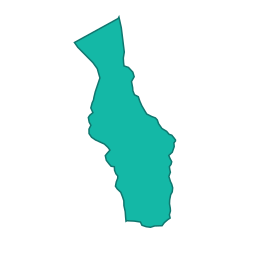 Armenochori, Limassol, Cyprus (orthographic projection), rotated 328°
{"feature_id": "46923920B15192858361301", "entity_name": "Armenochori", "entity_type": "district", "adm_level": 2, "iso_a3": "CYP", "parent_name": "Cyprus", "parent_adm1": "Limassol", "projection": "orthographic", "projection_center": [33.125, 34.752], "detail": "fine", "context": "isolated", "style": "filled", "palette": "teal", "viewbox_px": 256, "rotation_deg": 328, "n_neighbors": 0, "source": "geoboundaries", "source_scale": "gbopen_adm2", "svg_char_len": 1403}
<svg xmlns="http://www.w3.org/2000/svg" viewBox="0 0 256 256"><g transform="rotate(328 128 128)"><path d="M127.9,27.1L128.2,33.0L132.9,53.9L133.4,61.4L130.7,70.7L119.5,79.9L115.5,83.8L113.5,86.0L110.9,87.7L107.1,91.3L106.4,96.4L102.5,96.9L99.9,98.1L98.2,102.5L98.0,106.0L94.3,108.3L92.0,112.1L92.2,116.5L94.1,120.9L99.5,129.1L100.7,133.6L101.0,137.2L97.0,138.4L94.1,139.4L92.5,143.9L92.9,148.3L93.4,151.5L95.9,153.6L94.2,156.7L93.5,160.5L93.9,163.3L92.6,165.2L89.5,167.5L86.5,170.7L86.6,174.0L87.8,178.7L86.9,183.5L85.9,187.5L83.4,191.7L81.3,197.5L78.7,202.4L76.9,206.0L77.9,206.0L79.7,207.3L83.9,210.2L88.7,214.3L88.3,217.9L91.1,221.3L94.5,224.1L98.7,225.2L105.1,228.9L108.7,227.5L113.1,226.8L116.0,226.7L117.1,223.5L120.0,220.9L121.3,218.5L123.0,214.3L125.2,211.1L128.0,208.1L128.7,207.3L131.7,205.6L134.2,202.4L135.3,198.8L135.6,196.0L137.0,190.7L140.5,188.0L141.4,185.4L142.6,182.7L145.3,181.6L147.2,179.8L147.5,175.9L148.0,172.9L152.7,172.0L157.3,168.3L159.0,165.0L161.9,163.9L161.9,164.0L161.8,161.3L161.3,157.3L159.5,155.1L159.0,151.3L156.5,146.4L156.2,140.6L157.1,136.7L156.6,134.0L154.1,130.7L151.3,126.1L151.3,122.6L151.5,116.4L152.2,111.6L153.3,106.9L151.1,103.2L151.9,98.9L153.3,96.3L154.7,92.7L155.6,90.4L160.4,87.8L161.7,83.2L160.5,76.9L157.5,73.2L159.0,70.0L161.1,66.2L165.1,61.6L175.4,39.5L179.1,29.1L177.7,29.9L127.9,27.1Z" fill="#14b8a6" stroke="#0f766e" stroke-width="1.5"/></g></svg>